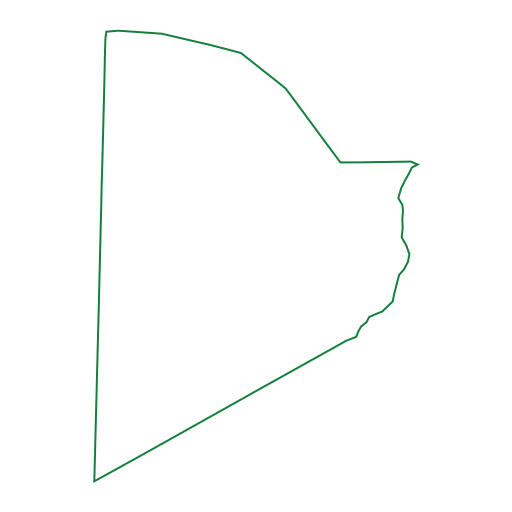 the district of Heliópolis, Bahia, Brazil
{"feature_id": "56859067B32891421034435", "entity_name": "Heliópolis", "entity_type": "district", "adm_level": 2, "iso_a3": "BRA", "parent_name": "Brazil", "parent_adm1": "Bahia", "projection": "albers", "projection_center": [-38.271, -10.758], "detail": "fine", "context": "isolated", "style": "outline", "palette": "green", "viewbox_px": 512, "rotation_deg": 0, "n_neighbors": 0, "source": "geoboundaries", "source_scale": "gbopen_adm2", "svg_char_len": 807}
<svg xmlns="http://www.w3.org/2000/svg" viewBox="0 0 512 512"><path d="M417.7,164.5L410.7,161.6L356.7,162.4L340.4,162.4L319.9,134.8L294.9,100.9L285.7,88.6L279.5,83.5L240.9,53.0L211.2,45.2L197.0,41.9L185.2,39.2L161.7,33.7L118.4,30.7L106.3,31.7L105.4,38.7L105.0,51.8L104.1,93.1L102.4,160.1L101.6,187.1L101.3,203.2L99.3,284.7L98.7,310.3L97.8,343.9L94.3,481.3L147.1,452.1L231.7,404.7L241.5,399.2L253.6,392.4L260.4,388.6L346.1,340.8L356.2,336.9L358.2,331.6L361.2,326.4L366.5,322.2L369.1,317.1L375.0,314.4L382.3,311.5L387.0,306.9L392.7,301.5L394.4,293.1L396.8,283.8L399.1,274.9L403.9,269.5L408.0,261.7L409.4,254.1L406.2,245.2L401.7,237.4L402.7,227.5L402.3,218.8L403.0,211.0L402.4,205.0L398.3,198.1L401.2,188.2L405.0,180.4L408.5,174.4L411.9,167.5L417.7,164.5Z" fill="none" stroke="#15803d" stroke-width="2"/></svg>